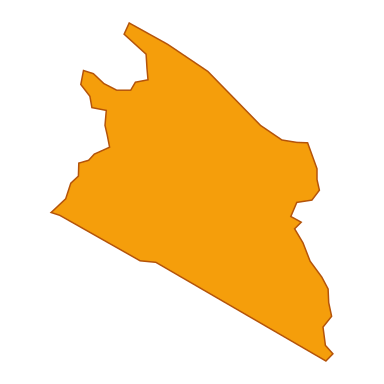 the district of Frutuoso Gomes, Rio Grande do Norte, Brazil
{"feature_id": "56859067B91987340852019", "entity_name": "Frutuoso Gomes", "entity_type": "district", "adm_level": 2, "iso_a3": "BRA", "parent_name": "Brazil", "parent_adm1": "Rio Grande do Norte", "projection": "albers", "projection_center": [-37.841, -6.16], "detail": "fine", "context": "isolated", "style": "filled", "palette": "amber", "viewbox_px": 384, "rotation_deg": 0, "n_neighbors": 0, "source": "geoboundaries", "source_scale": "gbopen_adm2", "svg_char_len": 740}
<svg xmlns="http://www.w3.org/2000/svg" viewBox="0 0 384 384"><path d="M317.0,168.8L307.6,142.8L296.8,142.4L281.9,140.0L260.6,125.5L207.8,71.4L167.6,44.3L129.2,23.0L124.1,34.2L146.1,54.2L147.0,68.6L148.0,79.8L135.4,82.2L130.7,90.2L116.7,90.2L103.9,83.6L93.4,73.7L83.5,70.5L80.8,84.5L89.9,96.3L91.9,107.6L106.3,110.4L105.0,125.4L107.2,134.9L109.6,147.2L94.3,154.1L88.6,160.3L78.8,163.1L78.4,176.1L70.8,183.2L65.7,198.8L51.1,212.5L59.7,215.3L140.1,260.8L155.8,262.3L325.9,361.0L332.9,353.8L325.4,345.4L323.0,327.1L331.6,316.3L328.7,302.6L328.1,289.0L321.8,277.1L310.1,261.2L303.0,242.9L294.6,228.8L301.2,222.2L290.8,216.5L296.8,202.4L311.9,200.1L319.4,190.2L317.0,179.6L317.0,168.8Z" fill="#f59e0b" stroke="#b45309" stroke-width="1.5"/></svg>